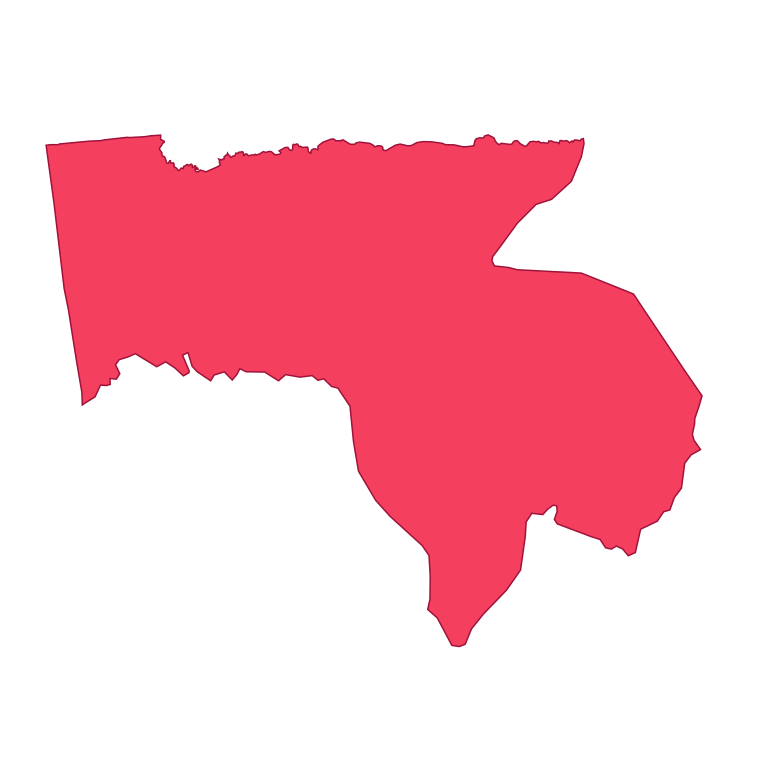 Dja-Et-Lobo, Sud, Cameroon (Natural Earth projection), rotated 175°
{"feature_id": "32672807B39721432011370", "entity_name": "Dja-Et-Lobo", "entity_type": "district", "adm_level": 2, "iso_a3": "CMR", "parent_name": "Cameroon", "parent_adm1": "Sud", "projection": "natural_earth1", "projection_center": [12.712, 2.919], "detail": "fine", "context": "isolated", "style": "filled", "palette": "rose", "viewbox_px": 768, "rotation_deg": 175, "n_neighbors": 0, "source": "geoboundaries", "source_scale": "gbopen_adm2", "svg_char_len": 4384}
<svg xmlns="http://www.w3.org/2000/svg" viewBox="0 0 768 768"><g transform="rotate(175 384 384)"><path d="M148.3,194.2L141.0,217.0L123.7,223.5L116.5,232.4L110.2,233.6L104.7,245.5L103.5,246.9L96.8,254.2L91.3,278.9L84.2,286.7L74.4,291.1L80.0,300.8L81.2,307.0L78.1,317.0L77.4,322.5L72.5,333.5L68.2,344.5L82.5,369.7L118.4,435.0L127.6,451.9L177.8,477.3L241.3,486.2L249.4,489.1L263.7,492.0L265.7,497.2L264.7,501.3L257.5,509.3L255.9,511.1L236.9,532.8L230.2,538.4L216.8,549.7L200.9,553.4L179.7,569.6L167.6,593.1L163.8,606.0L164.0,611.1L166.2,610.7L167.4,609.4L168.7,609.3L169.5,610.0L173.0,610.5L174.6,608.7L175.6,609.7L178.2,608.2L180.1,610.2L181.4,610.6L184.4,610.1L185.1,610.8L187.2,611.2L187.9,610.5L188.4,608.3L190.2,609.5L193.3,610.0L196.0,611.5L197.7,611.6L198.7,611.7L199.5,609.8L200.5,609.6L204.4,610.7L206.8,610.4L208.3,612.0L209.5,612.3L210.7,611.9L213.9,612.7L217.4,612.6L221.4,608.7L222.7,608.4L227.1,611.3L229.9,614.7L231.6,615.0L233.7,614.3L235.9,611.8L237.6,611.7L237.9,611.8L241.3,612.5L246.4,613.6L248.0,612.5L249.8,613.3L252.0,616.3L252.7,619.0L253.6,620.0L258.6,623.1L262.4,622.2L263.3,620.7L264.1,620.3L266.9,620.9L270.3,620.4L271.2,619.9L272.2,618.5L273.8,613.6L276.8,613.3L281.6,613.2L284.9,613.5L285.9,613.8L293.2,616.1L302.0,617.1L304.7,618.6L315.0,621.0L323.9,622.1L328.2,621.8L330.6,621.5L335.9,619.2L339.6,619.2L347.0,621.6L351.9,620.9L361.9,616.2L364.8,617.5L364.7,618.3L364.6,619.8L365.9,621.3L369.4,621.9L371.8,621.2L372.8,621.3L373.7,622.7L377.2,625.0L387.4,627.1L391.1,626.5L392.3,625.3L396.8,625.8L403.5,630.8L404.9,630.6L405.9,629.8L406.5,630.2L410.8,630.5L412.0,631.9L413.3,632.6L415.4,632.5L423.7,630.2L428.6,627.1L429.2,626.1L429.1,624.6L429.4,623.7L429.6,623.2L431.5,624.1L433.5,624.4L435.6,623.5L436.6,622.1L436.5,620.5L437.2,620.3L439.1,622.0L439.2,625.8L439.7,626.7L444.8,626.8L446.4,628.0L448.0,628.0L449.1,630.5L450.5,630.7L451.9,630.0L453.3,630.7L454.1,629.9L454.6,626.2L455.1,625.2L456.2,624.7L458.1,626.0L459.1,628.1L461.8,628.2L468.2,625.4L466.7,623.7L466.6,622.9L468.0,622.0L472.6,621.8L475.9,625.2L477.8,625.7L481.7,625.1L484.0,626.0L488.0,624.0L491.0,623.3L492.5,624.1L493.2,623.2L495.1,623.8L497.4,623.4L499.2,623.2L500.6,625.1L502.3,625.2L503.1,623.9L503.8,623.8L504.2,627.3L505.6,627.9L506.6,627.4L508.3,627.6L509.5,626.6L511.3,626.9L512.9,624.1L514.6,624.3L516.3,623.2L517.0,623.3L517.9,625.0L519.1,626.0L519.7,627.6L520.0,627.0L520.5,625.8L521.3,625.8L523.4,624.4L523.7,622.1L525.4,622.1L526.0,621.2L529.0,622.5L528.2,620.3L528.8,619.4L527.9,616.5L531.2,614.8L542.8,610.9L547.7,612.9L548.4,613.2L550.4,611.7L552.5,611.8L553.4,613.1L553.5,614.7L553.2,615.0L551.4,614.0L550.5,614.1L550.7,615.1L552.3,616.3L552.7,617.7L553.6,617.9L554.4,616.7L556.0,616.6L555.8,618.5L556.6,619.7L558.0,619.6L558.5,618.9L559.6,618.6L560.5,619.8L561.6,619.7L562.3,618.9L564.5,618.3L565.2,616.2L567.2,616.8L569.1,614.7L570.3,614.7L571.8,617.0L574.4,619.1L573.9,621.1L574.6,622.7L576.7,622.5L577.3,623.1L577.3,625.1L578.1,625.0L579.6,622.7L581.1,623.0L582.5,628.7L583.1,629.7L585.2,630.7L585.1,633.7L587.0,637.0L587.2,638.0L586.3,639.5L585.3,640.3L583.9,642.5L583.5,643.2L582.0,643.8L581.7,644.9L585.2,647.1L584.8,651.4L594.7,651.6L601.1,651.2L616.5,651.7L617.5,652.1L623.6,652.0L640.6,651.6L645.5,651.1L655.4,651.6L662.3,651.6L686.5,651.4L687.6,650.8L695.4,651.5L699.8,651.3L697.0,593.1L694.3,506.7L691.9,485.5L688.3,433.5L685.7,401.9L686.4,389.4L683.2,391.2L673.0,396.4L666.5,407.6L660.6,406.7L656.8,407.4L656.5,413.3L650.2,412.2L646.3,417.3L649.8,426.5L645.7,431.3L635.9,433.5L629.1,435.9L608.9,421.0L599.6,425.1L591.1,418.4L583.1,409.6L577.4,412.2L576.9,413.9L582.2,430.2L576.5,432.4L573.6,418.4L568.9,412.4L556.4,402.3L552.3,407.8L542.0,410.0L534.8,401.2L529.4,406.7L526.3,411.8L520.2,408.2L501.8,406.3L488.8,396.4L481.2,401.9L467.2,398.2L454.8,398.6L449.4,393.4L443.7,394.5L436.4,386.1L430.3,383.9L419.8,364.8L419.4,329.2L417.0,299.3L402.4,268.8L390.4,252.9L389.7,251.9L360.0,219.7L354.1,209.2L354.3,203.0L354.7,188.7L356.7,168.4L357.0,165.5L360.1,155.6L351.3,146.3L347.3,136.9L339.2,117.7L331.9,115.9L327.7,117.1L325.8,117.7L318.2,132.4L305.2,146.0L279.8,168.1L264.2,186.8L256.6,219.5L254.4,234.2L248.0,242.3L237.2,240.1L231.5,245.3L225.8,248.6L222.6,247.5L222.6,242.0L226.1,234.2L223.5,229.5L191.2,214.0L182.3,210.3L177.5,201.5L171.8,199.7L166.7,202.3L160.7,198.9L155.6,191.6L148.3,194.2Z" fill="#f43f5e" stroke="#9f1239" stroke-width="1.5"/></g></svg>